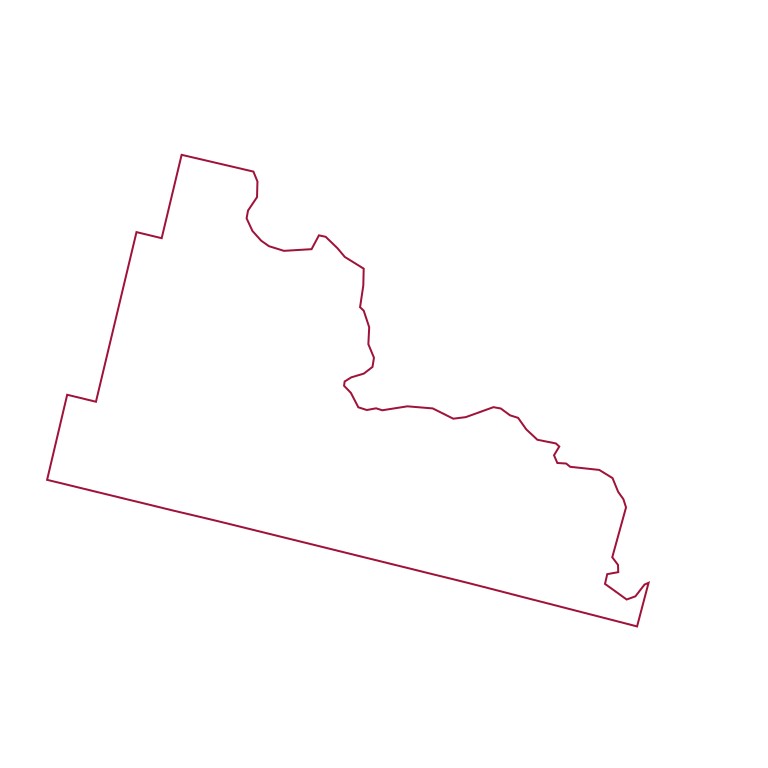 McLean, North Dakota, United States of America, rotated 194°
{"feature_id": "52423323B32428642019843", "entity_name": "McLean", "entity_type": "district", "adm_level": 2, "iso_a3": "USA", "parent_name": "United States of America", "parent_adm1": "North Dakota", "projection": "orthographic", "projection_center": [-101.559, 47.503], "detail": "fine", "context": "isolated", "style": "outline", "palette": "rose", "viewbox_px": 768, "rotation_deg": 194, "n_neighbors": 0, "source": "geoboundaries", "source_scale": "gbopen_adm2", "svg_char_len": 1025}
<svg xmlns="http://www.w3.org/2000/svg" viewBox="0 0 768 768"><g transform="rotate(194 384 384)"><path d="M687.7,209.5L557.3,210.2L513.9,210.7L253.2,211.3L79.8,210.0L79.2,255.1L82.7,252.4L88.7,238.8L96.4,233.6L121.2,243.5L121.4,253.5L111.2,258.1L113.2,265.1L120.6,271.1L119.3,322.8L123.8,330.1L130.7,336.0L139.5,348.0L154.4,352.7L183.3,348.7L188.0,350.9L196.7,349.3L201.8,356.0L198.8,365.7L202.8,367.9L221.7,367.0L235.0,374.4L245.7,383.6L254.1,384.1L264.8,388.5L272.2,388.0L296.7,371.6L308.4,367.1L330.8,372.1L355.9,368.0L379.3,358.1L385.8,358.5L394.4,354.6L403.3,355.2L414.0,367.4L422.3,372.6L422.8,376.9L417.3,382.6L406.1,389.2L399.3,397.8L400.1,407.1L408.8,418.8L412.1,435.5L421.4,450.2L425.8,452.7L427.9,474.5L431.6,491.0L452.8,497.8L462.0,504.5L476.2,512.7L483.1,512.5L486.9,497.3L513.3,489.0L529.0,489.9L537.8,493.3L548.7,500.7L557.4,511.5L557.9,519.4L552.4,534.6L555.8,549.9L562.1,558.5L635.8,557.4L635.0,471.7L660.9,471.5L659.2,297.1L688.8,296.9L687.7,209.5Z" fill="none" stroke="#9f1239" stroke-width="2"/></g></svg>